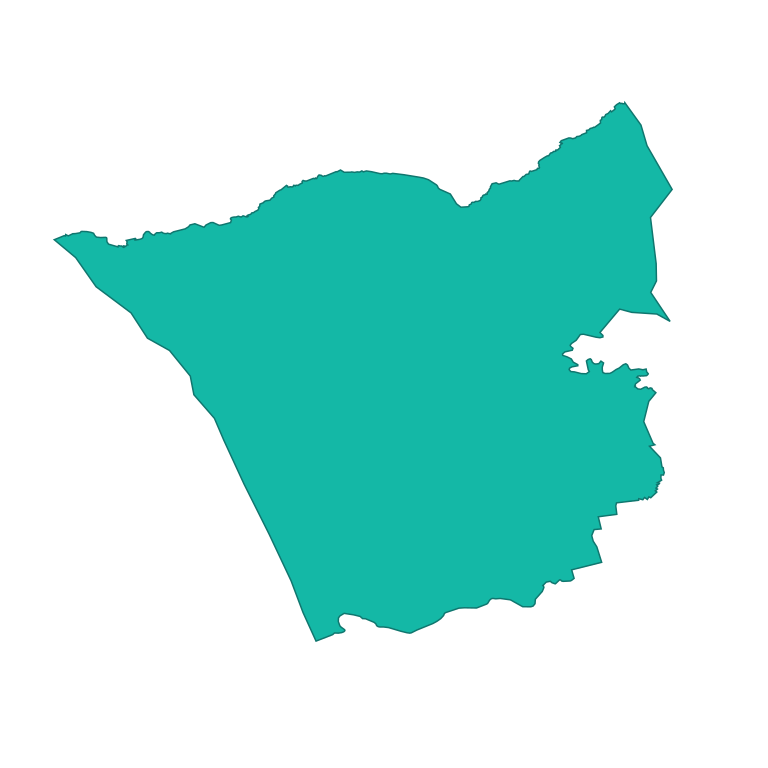 outline of Weija Gbawe Municipal, Greater Accra, Ghana, rotated 83°
{"feature_id": "2480657B6669757606157", "entity_name": "Weija Gbawe Municipal", "entity_type": "district", "adm_level": 2, "iso_a3": "GHA", "parent_name": "Ghana", "parent_adm1": "Greater Accra", "projection": "equal_earth", "projection_center": [-0.376, 5.542], "detail": "fine", "context": "isolated", "style": "filled", "palette": "teal", "viewbox_px": 768, "rotation_deg": 83, "n_neighbors": 0, "source": "geoboundaries", "source_scale": "gbopen_adm2", "svg_char_len": 6164}
<svg xmlns="http://www.w3.org/2000/svg" viewBox="0 0 768 768"><g transform="rotate(83 384 384)"><path d="M171.3,429.0L173.1,436.1L172.8,438.1L172.1,439.5L173.0,440.6L174.5,440.6L175.7,444.0L176.4,444.7L176.0,447.1L176.6,447.9L175.8,449.1L175.8,449.5L177.0,450.2L177.2,451.2L176.8,453.1L177.0,454.7L176.6,455.7L175.8,455.6L175.0,456.6L178.7,462.5L179.0,463.9L181.0,468.1L182.0,468.6L183.8,470.5L185.0,470.5L185.9,472.9L187.7,474.8L187.8,478.8L188.2,480.3L189.4,481.8L190.3,485.2L192.6,485.8L193.4,487.1L194.2,486.8L195.7,487.6L196.4,488.9L197.0,490.9L198.0,492.5L198.1,494.5L199.4,495.7L199.5,497.2L200.0,499.1L200.3,499.4L201.0,498.5L201.4,498.9L201.3,500.4L199.9,503.4L200.8,505.2L200.6,506.2L199.7,508.2L200.2,510.3L200.0,512.8L200.2,514.8L200.6,515.8L201.4,516.3L202.7,515.5L205.1,516.6L206.4,526.0L206.4,528.3L202.9,534.0L202.7,536.3L204.5,541.3L206.5,543.5L201.9,552.2L202.5,557.2L204.1,558.8L205.8,562.5L207.3,574.3L208.5,577.2L209.0,577.5L207.9,580.6L208.2,581.8L207.9,583.4L207.3,584.8L206.2,586.1L206.5,588.5L206.2,591.2L207.0,592.7L208.3,593.9L207.6,595.6L205.8,597.6L204.7,598.2L203.9,599.4L203.8,601.2L204.2,602.1L206.5,604.5L209.1,605.3L210.0,606.2L210.6,608.3L210.8,612.9L210.7,613.7L210.3,613.7L209.6,612.8L209.2,613.1L210.1,622.3L211.4,621.6L213.4,622.2L214.7,621.4L214.9,622.6L216.0,623.7L215.8,624.5L215.2,625.2L215.2,625.6L216.3,625.3L216.7,625.4L216.7,625.8L215.0,627.8L214.9,629.0L214.3,630.5L214.7,631.1L215.5,631.3L211.6,640.4L208.9,641.7L205.7,641.4L204.9,641.6L204.5,642.6L204.1,647.4L203.2,651.5L201.3,653.0L199.0,653.9L197.8,656.3L196.5,660.5L195.7,665.4L195.8,666.1L196.9,667.3L197.1,672.1L196.9,674.6L198.5,679.3L196.9,681.7L198.1,681.9L198.3,682.3L197.8,683.3L200.6,693.7L221.0,674.6L252.4,657.9L282.6,626.4L309.7,613.2L324.6,592.8L352.5,575.3L371.5,574.0L397.4,556.5L420.4,549.8L466.3,535.1L519.1,516.3L568.0,500.2L601.0,492.2L630.9,482.8L626.5,465.5L625.1,463.5L625.7,459.6L625.6,456.3L625.1,454.3L624.4,453.2L623.6,452.8L622.9,453.2L620.1,456.2L618.6,457.3L614.1,458.3L610.6,457.7L608.8,456.0L606.8,451.5L609.4,442.3L611.8,436.0L614.3,433.8L614.7,431.0L619.4,422.8L621.1,421.3L623.0,420.7L624.1,419.4L624.6,418.0L625.1,414.1L626.3,409.2L631.4,397.5L633.7,391.5L634.4,388.8L634.3,387.2L632.2,381.3L627.7,364.7L626.0,360.4L623.8,356.3L621.1,353.1L619.1,352.0L618.4,350.6L615.6,337.0L615.9,331.5L617.6,319.4L614.9,308.8L614.3,307.8L611.3,305.4L610.1,303.4L610.1,301.9L610.8,299.4L611.0,294.9L613.6,284.9L622.0,273.4L623.0,265.3L622.6,263.1L620.5,260.9L616.1,260.0L609.2,252.2L607.8,251.4L605.5,250.1L604.0,250.3L603.4,250.9L600.4,247.1L600.1,243.0L601.7,241.5L603.1,238.7L603.2,238.2L599.8,233.6L600.0,232.6L601.2,231.7L601.7,230.3L602.2,223.2L601.8,221.8L600.1,219.0L591.3,220.4L587.5,189.7L571.6,192.6L565.5,195.5L559.8,196.3L554.1,193.2L554.3,186.1L541.9,187.5L541.7,168.8L533.2,168.8L530.3,167.7L530.4,145.4L528.9,145.1L530.4,141.2L528.4,139.2L530.7,136.7L528.3,134.8L529.4,133.1L524.5,126.4L523.1,127.7L521.6,125.4L520.5,126.7L518.9,124.8L517.3,125.6L517.2,123.7L516.1,122.7L515.3,124.7L513.3,120.2L511.2,120.7L508.1,120.1L508.4,117.7L506.1,116.6L503.6,117.1L501.2,117.0L500.1,118.2L491.0,118.6L478.1,128.1L477.3,122.6L475.6,124.2L453.0,130.8L433.5,123.3L425.8,115.2L422.1,118.5L421.1,118.5L420.4,119.7L420.4,120.6L421.0,121.7L420.3,123.1L419.6,123.0L418.9,123.9L418.9,125.5L420.5,129.8L419.8,132.7L417.8,134.5L417.3,135.5L416.5,134.8L416.1,135.2L414.4,134.2L411.4,129.2L409.9,129.7L408.9,130.9L408.3,132.3L407.2,131.2L407.0,129.3L407.5,128.3L407.3,127.1L407.6,126.2L407.7,122.3L406.6,120.8L406.0,120.5L403.9,121.8L401.1,122.0L401.4,125.3L400.1,129.3L400.2,137.3L398.1,139.0L394.8,140.0L393.4,141.5L394.0,144.1L396.8,148.6L397.9,151.8L400.1,156.0L401.0,158.5L400.5,163.3L399.3,165.4L396.5,165.6L393.9,165.3L389.9,163.5L387.7,165.9L390.0,168.3L390.0,171.4L389.4,173.1L387.7,174.6L385.0,175.3L384.1,176.3L384.6,178.5L385.8,180.3L394.9,179.5L396.7,178.7L398.5,182.0L397.7,187.0L395.2,193.4L394.4,197.1L392.3,198.5L390.9,197.9L389.9,195.4L389.5,189.4L388.4,189.3L385.4,193.5L382.0,195.0L379.4,198.9L377.4,203.1L375.9,203.1L374.2,200.6L373.4,193.0L371.6,192.1L369.5,194.1L368.2,194.5L366.6,192.9L364.0,187.9L358.8,183.1L358.9,179.9L363.4,167.8L364.4,164.0L364.0,161.0L362.5,160.8L359.2,163.4L338.4,141.0L343.1,129.3L347.8,104.7L356.7,92.4L325.6,108.1L314.9,101.0L297.7,99.2L251.2,99.2L226.0,74.3L179.5,93.9L158.3,97.4L134.1,110.7L135.1,111.0L135.0,112.8L134.4,113.6L134.5,115.0L133.6,115.8L135.1,119.1L137.0,121.6L138.9,121.0L139.6,121.6L141.6,125.0L140.4,125.8L142.8,128.6L143.6,131.1L145.3,132.2L145.9,133.0L145.7,134.8L146.0,135.2L148.1,135.8L148.7,137.2L151.4,137.3L154.9,143.7L154.7,144.7L155.2,145.7L155.5,148.2L156.8,149.8L157.0,152.1L159.3,152.3L160.6,157.4L161.2,158.0L161.9,160.0L161.9,162.5L163.1,163.9L163.5,166.8L162.6,168.8L162.3,170.6L164.1,178.4L165.7,179.9L166.6,177.9L167.0,177.7L167.3,178.2L167.3,179.1L168.3,179.5L168.7,180.7L170.6,180.1L172.8,183.0L172.8,185.0L173.9,185.2L173.9,187.5L174.8,188.6L175.1,190.6L177.5,192.7L177.5,194.2L178.7,197.1L181.1,202.1L182.4,203.5L183.9,203.9L185.0,203.2L186.2,203.7L188.1,203.3L188.8,203.9L188.7,205.4L189.9,206.2L191.0,211.8L190.5,212.5L190.6,213.5L193.2,214.8L193.3,217.4L195.1,219.7L195.0,220.8L198.3,224.9L198.8,225.1L198.9,225.7L198.5,228.3L197.8,230.1L198.1,232.5L197.7,234.4L199.7,245.6L198.0,248.2L198.4,252.3L201.3,254.4L202.5,254.4L203.5,255.7L205.4,256.6L206.7,258.3L208.1,258.4L208.3,258.9L207.8,259.8L208.5,260.7L208.7,262.4L209.4,263.2L210.4,263.6L211.0,265.1L212.4,265.3L213.5,266.1L214.2,268.6L213.9,271.0L214.7,272.3L214.4,274.0L214.6,274.8L216.0,275.6L216.6,277.5L218.1,278.1L218.3,279.1L217.9,286.1L214.0,290.1L203.5,295.0L197.5,305.0L196.0,306.3L194.1,306.8L192.8,307.6L186.7,314.9L184.4,319.6L183.0,324.0L178.7,338.8L176.0,349.6L176.3,352.3L175.1,355.8L174.8,358.3L175.1,360.2L174.7,362.3L171.8,370.4L170.4,375.5L170.9,378.7L169.8,380.0L170.7,382.4L170.2,384.8L170.4,387.4L169.6,390.2L169.7,391.5L169.0,397.7L166.3,401.1L167.7,404.8L167.4,405.6L170.4,416.6L170.1,417.6L170.5,418.6L170.4,419.6L169.3,420.7L168.6,423.0L169.7,424.3L171.9,425.8L171.2,427.0L171.8,427.3L171.9,427.8L171.3,429.0Z" fill="#14b8a6" stroke="#0f766e" stroke-width="1.5"/></g></svg>